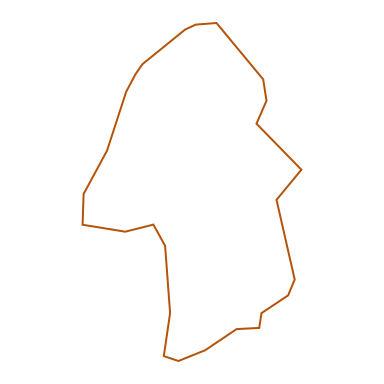 SVG path tracing the border of Pamplemousses
{"feature_id": "MUS-5187", "entity_name": "Pamplemousses", "entity_type": "District", "adm_level": 1, "iso_a3": "MUS", "parent_name": "Mauritius", "parent_adm1": "", "projection": "mercator", "projection_center": [57.563, -20.102], "detail": "fine", "context": "isolated", "style": "outline", "palette": "amber", "viewbox_px": 384, "rotation_deg": 0, "n_neighbors": 0, "source": "natural_earth", "source_scale": "10m", "svg_char_len": 452}
<svg xmlns="http://www.w3.org/2000/svg" viewBox="0 0 384 384"><path d="M82.6,224.8L83.6,194.0L107.0,150.7L126.2,91.7L135.6,74.0L142.5,64.1L185.2,29.5L195.7,24.6L216.5,23.0L263.2,79.4L266.5,100.7L256.5,123.7L301.4,169.7L276.5,199.8L294.7,279.5L288.1,295.4L261.5,313.1L259.2,327.9L236.6,329.1L205.0,350.3L178.4,361.0L163.8,356.1L170.1,313.1L165.1,245.8L153.4,224.6L125.2,231.7L91.0,226.1L82.6,224.8Z" fill="none" stroke="#b45309" stroke-width="2"/></svg>